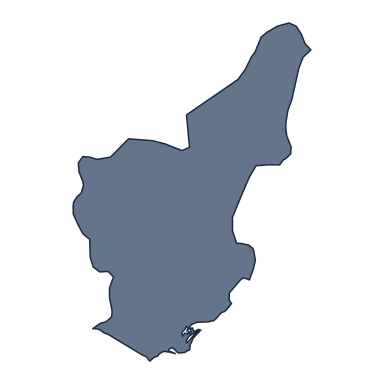 SVG path tracing the border of Adana
{"feature_id": "TUR-3018", "entity_name": "Adana", "entity_type": "Province", "adm_level": 1, "iso_a3": "TUR", "parent_name": "Turkey", "parent_adm1": "", "projection": "mercator", "projection_center": [35.602, 37.508], "detail": "fine", "context": "isolated", "style": "filled", "palette": "slate", "viewbox_px": 384, "rotation_deg": 0, "n_neighbors": 0, "source": "natural_earth", "source_scale": "10m", "svg_char_len": 2121}
<svg xmlns="http://www.w3.org/2000/svg" viewBox="0 0 384 384"><path d="M231.5,303.6L226.1,310.2L224.2,311.7L221.9,312.4L220.6,313.5L216.0,318.8L213.9,320.5L208.6,321.8L197.0,322.3L192.0,324.2L190.4,325.8L188.8,329.0L187.3,330.1L187.8,328.9L187.9,328.0L187.5,327.3L186.3,326.5L185.0,329.2L182.9,331.3L181.7,333.4L182.5,336.1L184.6,333.2L187.7,334.2L188.1,331.4L188.9,331.6L189.4,332.1L189.8,332.8L190.1,333.6L190.8,332.4L191.0,331.2L190.8,330.0L190.1,328.9L192.1,327.8L192.9,328.8L193.3,330.5L194.4,331.4L195.9,330.9L197.3,329.9L198.7,329.4L200.5,330.1L192.3,333.9L188.5,336.8L186.3,340.8L186.6,342.7L188.5,341.4L194.6,334.2L196.5,333.0L198.6,332.4L193.4,337.8L192.6,339.3L191.5,342.4L190.6,343.7L190.0,345.5L190.0,347.7L189.7,349.6L188.7,350.4L187.3,350.7L185.2,352.3L183.9,352.6L179.5,353.0L177.7,352.6L173.4,348.5L172.0,347.9L170.1,348.4L168.9,349.5L168.6,351.0L169.9,351.3L171.1,351.8L175.8,353.8L170.0,352.2L164.0,351.4L162.8,351.8L159.5,353.6L158.8,354.4L158.3,355.6L157.0,356.4L154.1,357.4L150.5,360.4L150.2,361.0L148.8,360.2L146.6,356.9L145.0,356.1L143.1,355.5L108.0,334.3L104.2,333.0L99.8,329.9L97.0,328.9L94.8,328.7L93.0,328.8L93.1,328.4L100.4,323.3L106.2,321.7L111.5,317.0L112.1,312.3L111.5,307.4L109.5,297.7L109.5,287.9L113.5,277.0L108.2,271.5L99.7,271.9L93.2,267.0L90.2,257.1L89.7,239.3L83.1,234.1L77.9,224.4L73.3,214.1L73.1,205.8L73.7,202.0L77.2,196.5L79.4,194.7L81.4,192.6L83.5,185.2L82.5,180.5L79.0,171.8L78.3,163.0L82.8,156.6L89.8,157.1L96.9,159.4L110.5,157.1L128.6,138.8L152.6,140.7L165.1,143.9L182.2,150.6L189.5,147.2L186.5,114.9L237.9,79.5L245.4,69.2L251.3,57.1L255.2,51.8L261.1,37.1L267.2,32.1L277.8,26.0L289.1,23.0L296.3,26.3L301.5,34.5L305.0,43.7L310.9,49.9L303.1,57.3L298.8,68.3L291.9,99.4L287.8,110.7L286.0,122.3L285.8,127.7L286.7,135.9L291.1,146.8L290.7,153.9L286.1,158.4L283.4,159.9L279.6,164.9L269.0,164.8L256.1,165.7L249.6,176.6L241.8,194.6L232.5,217.2L232.5,230.7L236.6,243.4L239.6,243.2L248.6,245.0L252.6,248.2L253.7,250.5L255.4,260.3L253.2,269.3L249.4,279.9L246.2,278.6L243.3,278.1L240.7,279.7L229.3,292.9L229.2,300.0L231.5,303.6Z" fill="#64748b" stroke="#1e293b" stroke-width="1.5"/></svg>